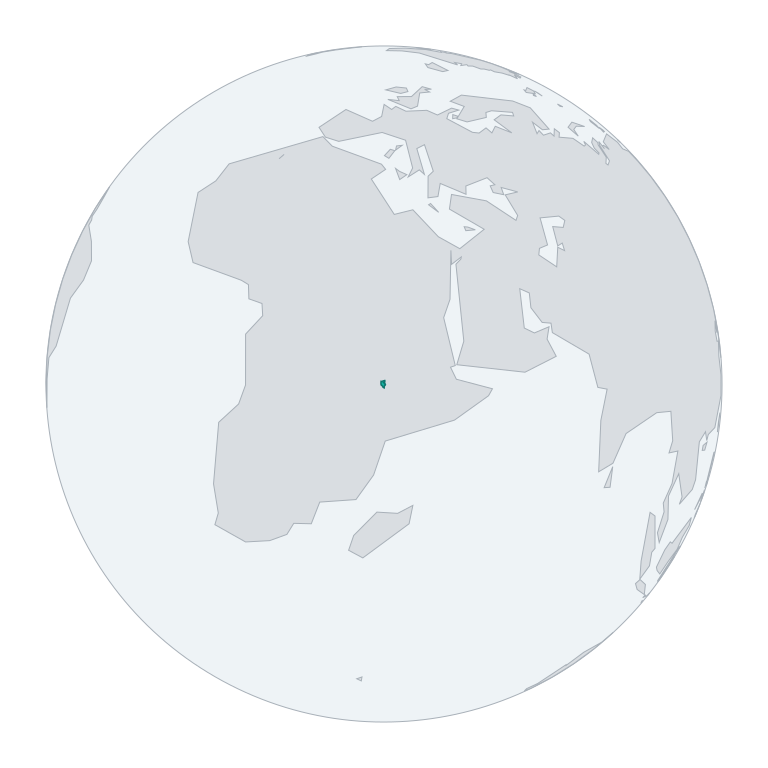 globe centered on Kaabong, rotated 30°
{"feature_id": "UGA-3125", "entity_name": "Kaabong", "entity_type": "District", "adm_level": 1, "iso_a3": "UGA", "parent_name": "Uganda", "parent_adm1": "", "projection": "orthographic", "projection_center": [34.168, 3.648], "detail": "fine", "context": "on_globe", "style": "filled", "palette": "teal", "viewbox_px": 768, "rotation_deg": 30, "n_neighbors": 0, "source": "natural_earth", "source_scale": "10m", "svg_char_len": 7468}
<svg xmlns="http://www.w3.org/2000/svg" viewBox="0 0 768 768"><g transform="rotate(30 384 384)"><circle cx="384" cy="384" r="338" fill="#eef3f6" stroke="#a8b0b8"/><path d="M196.4,102.9L181.9,113.7L176.6,117.8L168.5,123.7L196.4,102.9ZM47.8,350.4L48.0,361.0L48.0,376.0L47.4,384.6L48.8,388.1L48.9,394.0L59.3,406.8L69.1,423.6L71.8,444.2L69.5,466.4L81.1,515.1L80.6,528.7L89.7,548.1L103.9,573.0L90.2,550.9L78.2,527.8L68.0,503.8L59.8,479.2L53.4,454.0L49.0,428.3L46.6,402.4L46.2,376.4L47.8,350.4ZM662.4,192.5L662.6,192.8L654.0,180.7L649.9,175.7L644.5,168.9L646.6,173.1L639.0,163.7L644.4,172.6L651.1,180.5L652.1,179.5L660.1,192.5L671.3,207.6L681.5,225.3L692.3,256.3L690.1,265.6L691.8,271.6L686.3,264.6L686.0,276.4L701.7,311.1L703.7,321.2L699.9,340.5L698.6,332.8L684.1,314.3L686.4,338.8L697.6,359.3L701.6,383.7L695.2,376.1L690.5,354.7L685.4,347.5L683.2,326.1L672.0,295.1L665.3,301.2L662.4,288.8L646.1,264.2L634.5,272.5L618.4,305.9L621.9,338.1L613.8,352.7L590.0,307.1L579.8,276.9L570.9,280.0L546.7,255.6L504.1,255.3L498.2,247.8L490.2,251.6L473.1,244.5L464.3,232.5L453.9,233.6L477.5,265.4L488.7,264.6L498.3,251.9L502.8,263.6L519.3,273.9L500.2,303.3L437.4,330.9L431.7,307.0L386.4,244.3L388.1,237.4L387.9,236.6L387.4,235.3L382.7,246.6L375.1,234.8L398.8,277.6L402.5,296.7L436.5,332.4L433.2,336.2L444.3,343.7L480.3,333.9L480.4,341.9L463.1,380.0L413.6,432.8L420.5,468.0L417.5,498.1L387.4,518.4L390.9,541.4L375.5,549.8L375.1,562.8L363.3,576.8L343.1,590.0L307.9,590.4L305.0,578.6L286.3,555.7L260.0,499.8L268.1,474.0L264.6,454.1L239.2,410.0L244.8,385.5L238.1,375.3L224.4,377.8L216.9,365.7L208.6,365.5L157.9,374.3L143.2,358.6L127.2,311.1L136.8,292.2L139.8,270.8L207.4,200.3L220.3,203.9L271.9,194.9L278.1,197.3L270.5,212.8L308.1,232.0L321.9,218.7L357.4,229.3L382.0,228.9L393.4,199.9L353.2,199.8L347.7,186.1L381.1,174.2L416.5,176.3L415.5,171.2L394.4,159.6L403.8,150.8L387.2,155.2L393.0,160.2L382.8,163.6L376.9,159.3L380.4,156.0L370.1,153.8L355.9,171.6L360.2,178.7L332.4,182.2L337.0,194.7L329.0,200.8L318.3,182.0L320.3,175.1L299.4,156.5L294.7,163.7L314.2,182.3L307.5,180.9L301.4,192.6L300.8,182.6L280.8,162.1L256.6,167.1L223.5,196.5L209.8,199.5L199.4,194.2L213.8,165.3L242.7,162.2L248.2,153.5L244.3,141.8L253.4,142.4L255.4,137.7L266.6,136.8L284.2,125.6L295.8,124.3L304.6,111.3L311.8,109.4L304.5,117.3L305.7,122.8L334.8,121.8L340.9,119.1L344.3,111.2L351.9,112.6L351.5,105.2L369.1,102.6L347.3,100.1L350.7,92.5L362.3,87.0L359.5,84.5L340.5,93.6L336.5,97.9L339.3,102.0L324.9,115.5L314.5,117.9L314.7,103.5L300.0,106.0L306.6,95.1L353.9,74.6L372.6,71.7L399.5,80.7L394.1,84.6L381.7,83.0L391.4,90.7L391.5,87.0L397.7,88.8L402.6,83.3L407.3,84.3L403.9,77.8L410.2,78.6L412.2,82.7L424.8,76.8L438.4,77.9L439.0,76.2L435.7,74.0L455.1,77.7L454.7,76.4L448.2,74.6L443.1,71.0L441.6,66.5L448.4,68.0L449.9,69.8L463.1,76.5L465.9,82.0L468.5,82.3L467.7,78.0L451.6,69.6L448.8,66.6L457.3,70.0L454.0,68.5L454.7,67.5L461.8,68.3L452.8,64.6L451.7,56.1L465.4,57.9L473.1,61.0L479.5,60.2L494.3,64.7L488.3,62.6L487.9,62.5L511.0,70.9L533.5,81.0L555.2,92.6L575.9,105.9L595.7,120.6L614.3,136.7L631.7,154.1L647.7,172.7L662.4,192.5ZM182.7,235.1L180.5,241.4L182.7,235.1ZM453.5,194.8L475.0,196.2L466.1,178.7L473.7,178.2L467.9,172.8L465.4,177.5L451.4,163.3L460.9,158.8L458.8,151.9L451.4,151.2L436.1,162.1L456.1,181.8L450.8,188.8L453.5,194.8ZM160.3,131.9L152.3,139.5L156.9,134.8L153.1,137.9L157.9,132.9L174.3,119.6L166.0,126.1L160.3,131.9ZM255.4,116.5L258.5,118.8L253.2,124.0L238.5,128.4L246.0,120.7L255.4,116.5ZM264.1,121.3L268.4,107.4L277.7,105.0L271.8,108.5L277.5,108.3L269.4,114.1L274.1,126.6L269.8,132.2L245.0,135.6L255.5,131.0L251.8,128.5L264.1,121.3ZM263.0,85.1L265.0,81.5L282.6,80.5L278.7,84.1L263.8,88.0L259.7,86.1L263.0,85.1ZM257.4,70.7L251.9,73.0L243.4,76.7L257.4,70.7ZM348.9,51.0L342.1,51.1L347.0,52.9L337.2,53.9L338.4,54.0L330.8,55.7L323.5,58.4L319.3,58.7L318.3,59.7L313.2,61.2L310.4,62.8L301.9,64.3L297.8,66.6L296.1,66.0L291.3,69.8L291.1,67.8L284.5,70.2L288.2,70.9L249.1,79.7L232.9,86.6L219.5,94.0L220.9,90.8L234.3,82.6L253.1,73.4L268.5,67.9L266.3,68.0L273.0,65.7L271.9,66.5L277.6,63.9L282.9,62.3L299.6,57.2L304.6,55.6L310.8,54.1L311.5,54.0L317.2,52.7L322.7,51.8L327.3,51.0L337.3,49.8L335.9,50.9L341.2,50.0L349.0,49.7L348.9,51.0ZM345.6,48.3L345.9,48.4L340.9,49.3L326.7,51.0L345.6,48.3ZM286.2,191.5L291.1,192.1L299.1,191.3L295.4,199.1L286.2,191.5ZM272.1,177.6L276.7,176.5L275.4,186.1L270.2,186.0L272.1,177.6ZM280.4,168.2L277.1,175.7L275.8,171.6L280.4,168.2ZM308.9,116.3L314.0,115.2L314.1,117.0L310.8,119.9L308.9,116.3ZM361.4,60.4L358.3,59.3L360.0,58.8L359.6,55.8L366.8,55.4L369.9,57.0L361.4,60.4ZM386.0,204.8L378.2,210.3L374.8,207.7L378.1,206.2L386.0,204.8ZM334.1,204.4L345.5,208.0L333.0,206.5L334.1,204.4ZM369.1,59.4L368.1,58.1L372.3,58.8L369.1,59.4ZM372.0,55.0L377.1,55.5L367.6,55.0L372.0,55.0ZM511.4,648.7L512.8,652.5L507.8,652.9L511.4,648.7ZM475.6,492.5L452.6,545.2L436.5,545.7L433.5,530.3L441.9,498.5L460.5,489.2L469.7,474.7L475.6,492.5ZM715.9,441.9L716.2,443.6L715.9,445.2L715.9,441.9ZM715.7,436.2L716.7,436.9L714.9,439.7L715.7,436.2ZM717.0,437.2L718.0,434.4L718.5,432.0L718.0,435.2L717.0,437.2ZM714.7,436.2L706.0,435.4L701.6,431.1L703.5,425.3L710.6,426.9L714.7,436.2ZM703.1,425.1L695.2,408.8L678.6,362.1L684.7,362.8L700.9,390.9L700.0,395.8L704.8,408.7L703.1,425.1ZM718.8,395.6L717.8,410.6L713.8,409.0L711.5,406.4L710.1,387.2L710.9,377.6L713.1,377.9L716.9,345.9L719.1,354.1L719.0,367.5L720.5,380.6L718.8,395.6ZM623.4,341.2L631.4,360.4L626.5,363.7L623.4,341.2ZM715.2,323.9L715.8,337.5L714.2,319.2L715.2,323.9ZM712.2,306.8L713.9,313.8L711.9,306.9L712.2,306.8ZM694.8,280.9L692.8,282.4L691.1,277.6L692.8,272.9L694.8,280.9ZM689.2,240.8L695.1,254.4L696.8,259.0L693.0,250.6L689.2,240.8ZM429.0,60.7L421.6,64.6L421.1,68.7L428.3,72.2L415.0,69.6L415.8,63.3L429.0,60.7ZM448.2,56.1L441.9,54.1L446.6,54.6L448.7,55.2L448.2,56.1ZM443.0,55.1L431.6,53.5L429.3,52.2L438.8,53.7L443.0,55.1ZM400.3,54.5L397.6,55.5L394.2,54.8L400.3,54.5ZM663.0,574.6L659.0,579.6L659.9,576.4L666.9,566.4L682.0,536.1L682.4,536.7L691.1,516.5L701.6,498.8L706.6,484.6L698.3,508.2L688.2,531.2L676.4,553.4L663.0,574.6ZM721.8,377.0L721.1,384.1L721.3,393.5L721.9,387.9L721.4,396.2L720.7,411.9L720.2,417.7L721.0,400.7L719.6,417.9L719.3,417.4L720.0,402.5L720.9,384.7L721.3,377.5L721.8,375.8L721.8,377.0ZM719.7,345.1L718.8,338.2L719.0,342.6L717.5,329.3L719.7,345.1ZM716.5,323.9L716.9,327.8L715.4,318.3L716.5,323.9ZM716.1,323.7L714.4,315.3L715.0,316.7L716.1,323.7ZM716.6,324.3L716.4,323.4L716.6,324.3ZM709.9,297.0L713.9,310.8L711.5,304.5L703.9,278.2L704.3,277.8L709.9,297.0ZM467.0,56.4L467.8,56.6L463.8,55.6L463.6,55.6L467.0,56.4Z" fill="#d9dde1" stroke="#a8b0b8" stroke-width="1"/><path d="M380.2,383.3L380.3,383.3L380.7,382.8L381.3,382.3L381.9,381.6L382.4,381.1L382.9,380.6L383.0,380.7L383.2,380.8L383.3,381.0L383.2,381.1L383.3,381.2L383.3,381.3L383.4,381.5L383.4,381.8L383.4,382.0L383.5,382.0L383.7,382.3L383.5,382.5L384.0,382.6L384.2,382.8L383.9,383.0L384.0,383.0L383.9,383.2L384.0,383.3L384.1,383.2L384.3,383.2L384.6,383.4L384.7,383.6L384.8,383.6L385.0,383.5L385.3,383.7L385.4,383.8L385.5,383.8L385.6,384.0L385.6,384.5L385.5,384.9L385.4,384.9L385.3,385.0L385.4,385.3L385.3,385.5L385.4,385.8L385.5,386.0L385.6,386.7L385.6,386.9L385.8,387.0L386.0,387.0L386.1,387.3L385.9,387.3L385.7,387.3L385.3,387.3L384.9,387.3L384.6,387.2L383.9,386.7L383.2,386.4L382.5,386.4L382.5,386.2L382.4,386.1L382.1,386.1L381.8,386.0L381.5,385.7L381.3,385.4L381.1,385.1L381.0,384.8L380.8,384.5L380.5,384.0L380.2,383.3L380.2,383.3Z" fill="#14b8a6" stroke="#0f766e" stroke-width="1.5"/></g></svg>